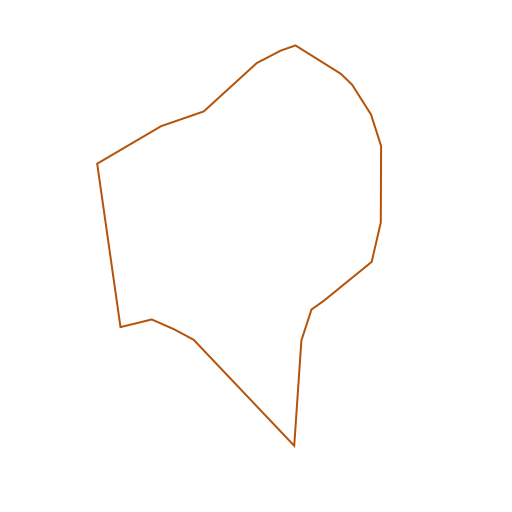 SVG path tracing the border of Markovci, rotated 255°
{"feature_id": "SVN-272", "entity_name": "Markovci", "entity_type": "Municipality", "adm_level": 1, "iso_a3": "SVN", "parent_name": "Slovenia", "parent_adm1": "", "projection": "robinson", "projection_center": [15.962, 46.391], "detail": "fine", "context": "isolated", "style": "outline", "palette": "amber", "viewbox_px": 512, "rotation_deg": 255, "n_neighbors": 0, "source": "natural_earth", "source_scale": "10m", "svg_char_len": 417}
<svg xmlns="http://www.w3.org/2000/svg" viewBox="0 0 512 512"><g transform="rotate(255 256 256)"><path d="M329.9,405.3L256.0,385.2L220.4,366.2L195.0,309.4L190.0,295.8L162.7,278.0L62.8,243.8L191.2,174.1L206.5,157.8L221.7,138.8L222.4,106.7L386.3,126.5L406.0,198.0L409.2,243.0L442.2,306.7L448.0,333.0L449.2,348.6L409.9,385.2L396.5,393.2L362.9,403.7L329.9,405.3Z" fill="none" stroke="#b45309" stroke-width="2"/></g></svg>